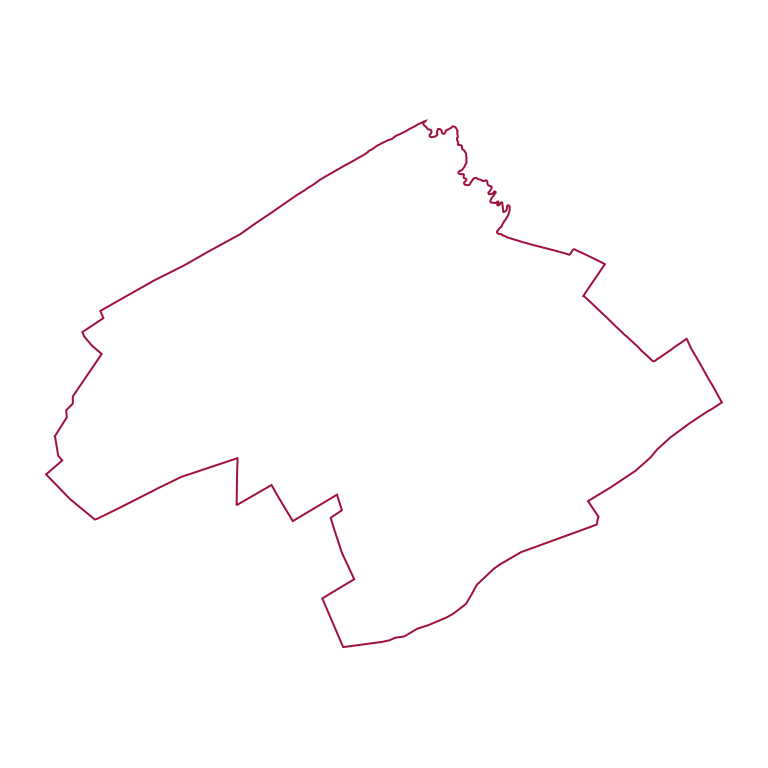 the district of Draganesti De Vede, Teleorman, Romania
{"feature_id": "2599482B68753922423647", "entity_name": "Draganesti De Vede", "entity_type": "district", "adm_level": 2, "iso_a3": "ROU", "parent_name": "Romania", "parent_adm1": "Teleorman", "projection": "albers", "projection_center": [25.058, 44.14], "detail": "fine", "context": "isolated", "style": "outline", "palette": "rose", "viewbox_px": 768, "rotation_deg": 0, "n_neighbors": 0, "source": "geoboundaries", "source_scale": "gbopen_adm2", "svg_char_len": 6111}
<svg xmlns="http://www.w3.org/2000/svg" viewBox="0 0 768 768"><path d="M686.6,338.8L680.8,342.9L678.9,344.1L678.2,344.6L674.3,347.2L671.7,349.3L669.1,351.1L662.2,355.8L660.7,356.9L657.1,359.2L656.4,359.8L655.5,360.5L654.5,361.1L653.9,361.3L653.6,361.3L653.0,361.1L652.4,360.8L651.6,360.2L650.1,358.6L647.4,356.0L642.1,351.3L640.5,349.7L638.9,347.9L636.8,345.7L635.4,344.6L633.0,342.3L631.0,340.5L628.9,338.5L627.2,336.9L624.8,335.0L623.6,333.9L622.0,332.2L615.8,326.4L606.9,317.7L596.8,308.2L591.2,302.8L584.4,296.5L583.7,296.1L583.3,296.0L587.5,289.7L593.1,281.5L602.0,268.4L604.9,264.2L602.0,262.6L584.0,253.8L577.6,250.9L575.1,249.6L574.4,249.3L573.9,249.3L573.4,249.4L572.9,249.8L570.3,253.8L569.7,254.5L569.2,254.7L568.7,254.6L567.9,254.3L565.4,253.5L556.1,250.9L533.8,245.2L524.1,242.5L509.2,238.0L507.7,237.5L506.2,236.8L505.5,236.3L503.0,235.5L501.2,234.2L499.6,234.0L498.9,233.8L497.9,233.5L497.3,233.0L497.1,232.6L497.0,232.0L497.1,231.3L497.4,230.9L498.3,230.1L498.6,229.4L499.3,228.4L500.1,227.6L500.9,227.2L501.3,226.9L501.6,226.3L501.9,225.4L502.8,223.7L503.5,222.6L504.0,221.5L504.5,220.8L504.8,220.6L505.8,219.1L507.2,216.9L508.3,214.8L509.7,210.1L509.7,208.5L509.6,207.2L509.5,206.4L509.3,205.9L508.8,205.5L508.4,205.3L508.0,205.3L507.7,205.5L507.3,205.7L507.1,206.6L506.9,208.8L506.7,209.7L505.8,210.9L504.4,211.9L503.6,212.0L503.3,211.9L503.2,211.6L503.0,209.2L502.8,207.2L502.7,206.2L502.5,205.4L502.3,203.4L502.3,202.9L502.1,202.5L501.6,202.4L501.2,202.6L500.9,202.8L499.5,204.5L499.1,205.0L498.7,205.2L498.3,205.4L497.7,205.3L497.3,204.9L497.3,204.5L497.5,203.8L498.6,202.2L498.4,201.7L498.1,201.5L497.1,201.8L496.7,202.3L496.1,202.8L495.6,203.0L494.8,203.0L494.1,202.8L492.7,202.7L492.0,202.6L491.3,202.6L490.8,202.4L490.6,202.0L490.4,201.5L490.4,200.8L490.5,200.3L491.0,199.5L491.7,198.1L492.3,197.1L492.8,196.6L493.3,196.1L494.7,193.9L495.3,193.3L495.6,192.7L495.7,192.1L495.3,191.7L495.0,191.5L494.2,191.6L493.9,191.9L493.3,193.1L492.9,193.5L492.3,193.6L491.4,194.0L490.2,194.2L489.3,194.2L488.8,194.1L488.4,193.2L488.4,192.6L488.6,192.3L489.0,192.0L489.6,191.4L490.3,190.2L491.2,188.9L491.5,188.2L491.7,187.5L491.7,187.1L491.3,186.5L490.7,186.1L489.5,185.9L489.1,185.8L488.5,185.4L488.1,185.0L487.8,184.6L487.6,183.9L487.3,182.4L487.2,181.3L486.7,180.7L486.4,180.4L485.9,180.4L484.0,181.0L483.3,181.1L482.8,181.0L481.7,180.3L481.0,179.9L478.9,179.3L478.1,179.0L477.4,178.7L476.9,178.4L476.6,178.1L476.3,178.0L475.9,177.9L475.4,177.9L474.5,178.1L473.9,178.3L473.5,178.7L471.6,181.3L470.8,182.6L469.7,184.3L469.5,184.7L468.9,185.1L468.2,185.2L467.7,185.2L467.0,185.0L465.6,184.8L465.1,184.7L464.8,184.6L464.5,184.2L464.2,183.7L464.1,183.1L464.1,182.6L464.5,182.0L465.4,181.2L466.0,180.5L466.3,179.9L466.4,179.5L466.4,179.2L466.2,178.8L465.6,178.6L464.4,178.2L463.9,177.9L463.7,177.6L463.6,177.2L463.9,174.7L463.7,174.3L463.4,174.1L461.2,174.2L460.0,174.1L459.2,173.9L458.7,173.6L458.4,173.1L458.4,172.6L458.8,171.7L459.5,170.9L459.9,170.8L460.5,170.8L460.9,170.7L461.6,170.2L462.4,169.5L464.2,167.2L465.1,165.1L466.6,162.4L466.6,161.6L466.5,161.1L466.3,160.3L466.3,159.5L466.6,158.5L466.5,157.3L466.2,156.3L466.2,155.3L466.1,153.8L465.4,152.4L464.7,151.2L464.2,150.5L462.1,148.8L462.0,148.4L462.0,146.9L461.9,146.1L461.5,145.6L461.1,145.3L460.5,145.2L458.6,145.0L458.1,144.8L457.9,144.5L457.8,144.2L457.9,143.8L458.2,143.4L458.3,142.7L458.2,142.1L457.6,141.3L457.1,139.7L456.9,138.8L457.0,138.2L457.7,137.4L457.8,136.2L457.6,134.9L457.2,132.6L457.2,132.3L457.5,131.8L457.6,131.4L457.5,131.0L456.9,129.8L456.2,128.3L455.4,127.3L454.3,126.6L453.6,126.4L452.9,126.4L452.4,126.5L452.1,126.8L451.6,127.5L451.1,127.9L448.7,129.2L447.3,129.7L446.2,130.4L445.8,130.8L445.6,131.7L445.1,132.8L444.6,133.4L443.8,133.8L443.2,133.8L442.5,133.4L442.1,132.9L441.5,130.7L441.2,130.1L440.6,129.6L439.9,129.1L439.2,128.9L438.7,128.9L438.3,129.0L437.9,129.2L437.7,129.6L437.0,132.3L436.9,133.0L437.0,133.5L437.2,134.0L437.3,134.5L437.1,135.0L436.9,135.3L435.0,136.6L434.3,136.8L432.8,137.0L431.6,137.2L430.9,137.1L430.5,136.9L430.0,136.5L429.7,136.1L429.5,135.6L429.6,135.0L429.9,134.5L430.5,134.0L430.9,133.5L431.1,133.0L431.4,132.3L431.5,131.6L431.4,131.0L431.1,130.5L430.8,130.0L430.4,129.8L429.9,129.6L428.3,129.4L427.8,129.2L427.3,128.6L426.7,127.6L425.8,126.6L424.7,125.9L423.8,125.1L423.5,124.5L423.4,123.8L423.4,123.3L423.5,122.8L423.9,122.3L424.3,122.0L425.1,121.6L425.5,121.0L423.5,121.7L422.1,122.5L421.3,122.9L419.1,123.8L417.6,124.5L415.5,125.9L413.6,126.9L411.4,128.1L409.5,128.9L408.1,129.8L405.3,131.6L402.9,132.6L399.8,134.2L398.5,134.8L397.4,135.2L395.9,136.0L394.8,136.6L393.6,137.6L392.8,138.4L392.2,138.8L391.1,139.3L388.4,140.1L386.9,140.7L385.2,141.6L383.0,142.7L381.9,143.1L379.6,144.5L378.6,145.0L377.8,145.2L374.9,147.3L372.6,148.9L371.7,149.5L370.0,150.3L368.2,151.4L368.1,151.7L367.8,152.3L367.5,152.4L366.9,152.7L365.6,153.8L350.0,162.7L344.7,165.5L333.7,171.8L329.9,174.0L328.0,175.1L326.4,175.9L325.0,176.8L319.8,179.9L317.0,182.0L312.9,184.9L310.3,186.5L307.4,188.2L306.7,188.8L304.0,190.7L297.5,194.6L271.4,212.7L256.6,222.6L240.2,234.2L228.3,240.7L208.8,251.3L184.3,265.3L153.8,280.6L100.3,310.9L103.4,318.1L82.4,332.1L84.1,336.4L92.0,345.7L101.7,354.0L72.8,396.4L72.8,403.6L66.2,410.3L66.8,417.4L54.8,436.3L55.0,436.4L58.2,455.6L62.2,460.5L46.1,474.4L61.8,490.6L69.8,498.9L94.8,519.5L96.7,519.0L119.8,507.7L160.5,487.0L181.3,476.9L237.3,458.2L237.6,459.5L237.2,469.0L236.6,504.6L237.1,504.9L271.5,485.0L278.3,497.0L292.8,521.1L337.0,494.7L341.9,510.2L330.7,517.8L334.2,529.4L342.0,553.0L354.2,579.2L322.3,598.4L343.1,647.0L345.6,646.8L382.0,641.9L389.5,640.3L395.0,637.8L404.3,636.4L417.3,628.7L428.7,625.0L446.9,617.3L453.2,613.7L465.9,604.0L471.3,595.0L476.7,584.9L493.9,568.7L500.6,564.0L521.1,552.1L596.7,524.6L597.7,519.4L598.5,516.8L588.0,501.1L610.3,487.6L622.2,479.7L635.6,470.7L650.5,457.5L657.3,449.3L670.4,437.4L689.4,423.4L705.9,412.5L709.2,410.5L712.6,408.6L721.9,402.4L718.5,396.4L713.3,386.9L711.4,383.5L710.6,382.6L709.2,380.0L698.8,361.5L694.2,353.7L691.5,349.1L689.0,343.9L687.5,340.5L686.6,338.8Z" fill="none" stroke="#9f1239" stroke-width="2"/></svg>